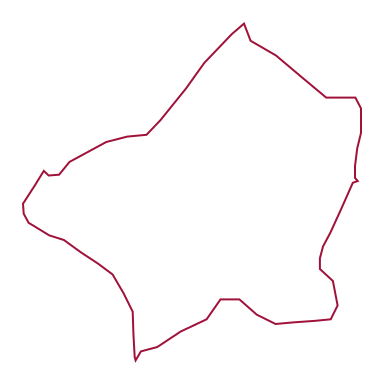 an SVG outline of Ilinden
{"feature_id": "MKD-2933", "entity_name": "Ilinden", "entity_type": "Statistical Region", "adm_level": 1, "iso_a3": "MKD", "parent_name": "North Macedonia", "parent_adm1": "", "projection": "equal_earth", "projection_center": [21.617, 41.98], "detail": "fine", "context": "isolated", "style": "outline", "palette": "rose", "viewbox_px": 384, "rotation_deg": 0, "n_neighbors": 0, "source": "natural_earth", "source_scale": "10m", "svg_char_len": 812}
<svg xmlns="http://www.w3.org/2000/svg" viewBox="0 0 384 384"><path d="M135.6,360.4L134.7,357.1L133.4,333.5L132.7,311.7L123.7,293.5L112.6,274.5L98.0,263.6L81.4,252.7L63.9,240.0L49.3,235.4L28.6,222.8L23.7,213.7L23.0,203.7L34.8,185.5L43.8,170.9L48.7,175.5L59.1,174.7L69.5,161.9L82.8,154.7L106.2,142.0L127.2,136.6L146.5,134.8L160.4,120.2L186.0,88.5L204.2,63.0L231.8,34.1L244.0,23.6L250.6,40.8L276.0,55.5L301.5,77.0L326.2,97.6L341.9,97.6L355.4,97.6L361.0,108.4L361.0,132.9L357.2,148.5L355.0,166.1L355.0,177.9L357.7,181.0L352.8,182.8L341.5,208.3L330.3,232.8L323.0,246.5L319.9,258.3L319.9,269.0L332.9,281.0L337.6,305.5L330.7,319.3L315.5,320.8L293.1,322.4L275.6,324.0L256.8,314.7L239.4,299.4L220.5,299.4L206.6,319.3L180.7,331.5L157.3,347.0L140.9,351.4L135.6,360.4Z" fill="none" stroke="#9f1239" stroke-width="2"/></svg>